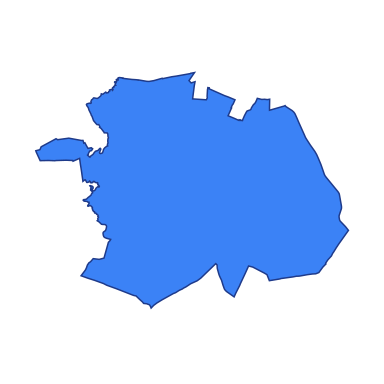 outline of Vērēmu pag., Rezeknes, Latvia, rotated 185°
{"feature_id": "27541924B33063248942187", "entity_name": "Vērēmu pag.", "entity_type": "district", "adm_level": 2, "iso_a3": "LVA", "parent_name": "Latvia", "parent_adm1": "Rezeknes", "projection": "orthographic", "projection_center": [27.375, 56.565], "detail": "fine", "context": "isolated", "style": "filled", "palette": "blue", "viewbox_px": 384, "rotation_deg": 185, "n_neighbors": 0, "source": "geoboundaries", "source_scale": "gbopen_adm2", "svg_char_len": 5928}
<svg xmlns="http://www.w3.org/2000/svg" viewBox="0 0 384 384"><g transform="rotate(185 192 192)"><path d="M222.6,72.8L220.3,75.7L217.3,78.4L212.4,82.0L209.3,84.1L201.6,89.3L199.7,90.2L196.0,93.0L193.1,94.6L192.1,95.5L189.7,97.0L185.3,100.5L179.1,104.0L175.7,107.0L162.1,122.7L160.6,121.4L160.4,119.6L160.1,117.9L158.2,112.8L157.4,111.0L156.3,109.0L154.9,106.7L153.1,102.1L151.3,98.2L150.4,97.1L149.0,95.9L140.9,91.2L139.6,95.0L136.4,102.9L135.8,104.9L131.8,115.8L129.2,123.2L124.9,122.5L112.8,117.5L110.1,116.2L107.2,110.4L96.7,113.1L96.0,113.5L84.1,116.2L80.3,117.3L79.5,117.3L77.2,117.7L69.9,119.7L65.0,120.8L61.6,121.3L58.6,122.8L55.1,128.6L52.4,131.9L52.3,132.0L52.7,132.7L50.7,136.3L47.5,140.5L46.6,143.0L45.7,144.5L43.4,149.1L41.1,153.3L32.8,167.4L36.0,170.8L41.7,175.8L42.2,176.4L42.6,177.2L43.3,179.8L43.4,181.2L43.1,182.5L41.7,188.4L41.7,189.6L41.9,191.0L44.8,201.8L45.3,203.3L46.5,204.9L59.4,218.1L61.0,219.9L61.8,221.3L64.1,226.5L66.0,230.7L69.1,236.6L71.1,240.2L73.2,243.2L78.4,249.3L82.3,254.3L83.7,256.2L85.1,258.8L91.3,269.9L92.5,272.1L93.7,274.4L96.1,278.7L96.7,279.5L97.6,280.5L99.3,281.8L105.9,285.3L106.8,286.2L107.5,285.7L109.4,285.0L121.9,280.2L122.1,282.2L122.7,291.2L125.0,290.6L127.7,290.7L130.6,290.3L135.1,291.0L136.2,287.6L137.3,285.4L138.3,284.6L140.1,281.1L140.6,279.3L141.1,278.9L144.2,277.5L144.9,276.2L146.4,272.6L147.7,268.7L147.9,267.6L148.3,267.4L149.8,268.0L149.9,267.6L151.3,268.1L151.5,267.4L156.1,269.0L162.7,271.1L160.2,278.4L159.9,279.1L160.4,279.3L159.4,282.2L158.7,283.2L157.2,287.6L164.4,289.9L167.9,290.8L183.9,296.3L183.9,297.3L185.3,297.4L185.4,295.9L185.5,295.7L185.3,288.7L185.0,287.2L185.5,285.6L185.8,285.1L199.5,284.8L199.0,297.9L198.6,302.1L202.4,300.6L204.7,302.7L199.9,311.2L203.8,310.1L204.0,309.8L217.7,306.1L222.0,305.1L231.3,302.3L231.6,302.7L239.8,299.6L244.4,298.4L246.6,298.3L255.4,299.0L255.4,298.8L257.4,299.0L261.7,298.9L270.9,299.2L270.8,299.6L274.4,299.7L275.5,299.3L275.6,299.0L275.5,298.7L275.8,298.4L275.4,297.8L275.3,297.4L275.4,297.1L276.9,297.6L277.1,297.5L277.2,297.3L276.5,296.6L277.0,295.0L277.2,295.3L277.4,295.5L277.5,295.4L277.8,294.9L278.6,295.0L278.7,294.7L278.1,294.0L277.6,293.8L278.0,292.5L277.3,291.7L278.1,291.4L278.6,290.9L278.9,289.7L279.0,289.6L279.4,289.8L279.6,289.2L280.1,289.0L280.3,288.7L280.0,287.4L279.6,287.0L280.1,286.4L280.5,287.4L282.6,286.7L283.0,286.5L282.7,285.5L283.7,284.9L283.9,283.8L285.8,283.2L286.6,284.0L289.4,281.6L290.9,281.9L291.1,280.1L291.4,279.7L293.1,277.9L294.5,276.9L297.8,277.2L298.3,277.1L299.2,275.7L300.1,275.0L300.6,273.1L300.4,272.5L300.2,272.3L300.3,271.8L300.4,271.6L301.0,271.4L301.9,271.6L304.3,270.7L304.8,269.9L304.7,269.7L304.2,268.7L302.7,267.0L301.8,264.7L299.5,260.9L299.0,259.6L298.2,258.7L296.3,254.5L293.4,251.6L292.4,250.8L290.7,251.0L289.4,248.9L289.7,248.3L288.1,247.4L284.9,243.9L284.6,243.3L282.8,243.4L281.6,243.4L281.1,242.8L280.9,242.2L280.5,239.8L280.0,238.9L280.0,238.4L280.3,238.0L280.4,237.0L280.3,236.5L280.4,235.8L280.2,234.4L279.9,233.6L280.4,232.3L280.3,231.4L280.0,230.5L281.2,230.0L281.5,229.6L282.8,228.4L283.7,227.0L284.0,226.0L284.0,225.3L284.6,223.3L285.1,222.8L286.5,222.3L287.3,222.6L287.5,223.0L287.6,223.4L287.4,223.8L287.0,225.2L286.7,226.1L286.6,226.9L287.1,227.5L287.7,227.3L289.1,225.4L289.7,225.0L291.7,224.2L292.8,222.8L293.9,220.8L296.0,219.0L296.4,218.5L296.5,218.0L296.8,217.9L297.6,218.2L298.0,218.8L299.2,219.4L299.3,219.7L298.6,220.4L298.5,220.8L298.6,221.3L297.5,223.8L295.7,224.5L294.7,226.4L295.1,226.7L296.0,227.0L296.2,227.3L299.4,226.4L300.7,228.2L303.0,231.7L304.0,231.2L305.1,233.9L306.6,233.7L319.4,234.9L330.4,232.4L332.1,233.2L346.2,223.9L347.2,220.9L351.2,219.5L350.7,218.3L346.0,210.0L337.6,210.9L331.4,211.2L330.2,211.5L320.1,212.7L313.5,213.0L313.2,212.3L306.9,215.7L305.4,209.1L304.8,206.8L303.3,200.6L303.2,200.0L302.1,195.4L301.6,193.1L299.8,194.8L299.3,194.8L297.7,192.4L297.0,192.4L296.2,192.7L295.8,193.0L295.0,194.0L294.3,193.5L294.3,193.1L294.1,192.6L293.4,192.3L292.9,192.4L292.8,192.7L292.4,192.9L292.1,192.9L291.9,192.7L291.6,192.9L291.2,193.9L290.7,194.0L290.0,193.9L289.3,193.1L287.5,192.9L286.9,193.1L286.7,192.8L286.8,192.2L286.4,191.7L286.6,191.6L286.3,190.9L286.0,190.9L284.8,189.7L284.9,189.2L285.2,188.8L285.5,189.0L285.9,189.2L286.4,189.0L287.7,187.7L288.1,187.1L288.2,186.5L288.7,185.6L289.3,184.9L290.4,184.5L291.4,184.5L291.7,185.3L291.3,186.3L290.9,186.9L290.9,187.8L291.0,188.3L291.7,189.0L293.8,189.5L294.3,189.3L294.1,189.0L293.6,188.6L293.1,188.0L293.0,187.3L292.9,187.3L292.9,187.0L293.0,186.8L292.9,186.5L293.1,186.4L293.0,186.2L293.2,185.4L293.2,185.1L291.7,183.9L291.0,183.0L291.0,182.5L291.4,182.3L292.0,181.2L292.4,179.9L295.1,177.4L296.5,175.7L298.0,175.2L299.2,175.0L299.7,174.5L299.7,174.3L298.7,173.5L295.5,173.4L294.8,172.8L293.7,172.8L293.7,172.0L293.5,171.6L294.7,169.4L294.7,169.0L294.5,168.8L294.0,168.8L293.4,169.2L292.0,169.6L291.3,169.2L290.9,168.8L290.7,168.5L290.1,168.2L289.8,167.7L289.8,167.4L290.0,167.1L290.0,166.9L289.8,166.7L289.6,166.2L289.6,165.8L289.4,165.4L289.0,165.2L288.8,164.9L288.9,164.7L288.7,164.4L288.2,164.0L287.4,163.9L287.3,163.5L287.3,162.9L286.9,162.5L285.8,162.5L285.1,161.5L284.9,161.4L284.6,161.5L284.4,161.2L283.8,160.9L283.6,160.5L283.4,160.2L283.7,159.5L282.9,158.8L283.5,157.6L283.6,157.1L283.3,156.6L283.2,156.2L283.7,155.3L283.9,155.1L282.1,154.2L279.4,152.0L278.1,151.9L276.1,152.0L275.4,151.9L274.5,151.2L274.2,150.6L274.1,150.2L274.2,148.6L274.6,146.6L275.0,145.9L276.7,144.4L277.0,143.7L277.0,142.8L276.6,141.2L276.0,139.9L275.6,139.5L274.6,138.9L272.9,138.4L268.9,137.7L269.4,136.5L270.9,134.6L273.9,118.5L278.6,116.8L284.6,117.0L287.0,113.7L288.5,112.5L289.8,110.2L290.6,107.1L291.4,105.0L295.2,98.9L288.0,97.0L281.3,95.5L272.2,93.1L268.8,91.7L259.0,89.1L242.3,84.2L240.7,83.8L238.7,83.6L234.9,80.5L231.7,78.1L230.5,76.8L227.2,76.7L225.7,76.2L224.9,76.1L224.3,75.7L223.3,74.2L222.6,72.8Z" fill="#3b82f6" stroke="#1e3a8a" stroke-width="1.5"/></g></svg>